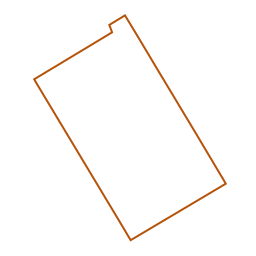 Sargent, North Dakota, United States of America (Natural Earth projection), rotated 239°
{"feature_id": "52423323B99155111830377", "entity_name": "Sargent", "entity_type": "district", "adm_level": 2, "iso_a3": "USA", "parent_name": "United States of America", "parent_adm1": "North Dakota", "projection": "natural_earth1", "projection_center": [-97.554, 46.109], "detail": "fine", "context": "isolated", "style": "outline", "palette": "amber", "viewbox_px": 256, "rotation_deg": 239, "n_neighbors": 0, "source": "geoboundaries", "source_scale": "gbopen_adm2", "svg_char_len": 417}
<svg xmlns="http://www.w3.org/2000/svg" viewBox="0 0 256 256"><g transform="rotate(239 128 128)"><path d="M212.8,72.6L54.9,72.6L30.5,72.5L29.9,183.1L35.3,183.2L37.3,183.2L42.3,183.2L86.1,183.4L88.0,183.4L108.3,183.4L147.0,183.4L152.9,183.4L153.0,183.4L159.8,183.4L162.3,183.4L203.3,183.5L205.0,183.5L226.1,183.4L226.0,165.1L218.2,163.6L218.1,72.7L212.8,72.6Z" fill="none" stroke="#b45309" stroke-width="2"/></g></svg>